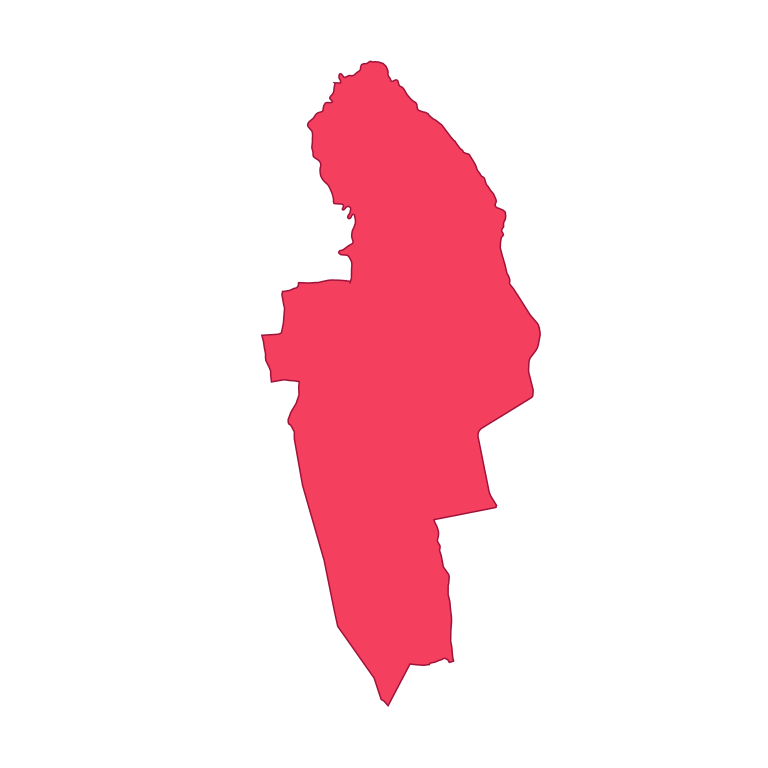 Weststellingwerf, Friesland, Netherlands, rotated 111°
{"feature_id": "6326949B61615489066760", "entity_name": "Weststellingwerf", "entity_type": "district", "adm_level": 2, "iso_a3": "NLD", "parent_name": "Netherlands", "parent_adm1": "Friesland", "projection": "albers", "projection_center": [6.005, 52.872], "detail": "fine", "context": "isolated", "style": "filled", "palette": "rose", "viewbox_px": 768, "rotation_deg": 111, "n_neighbors": 0, "source": "geoboundaries", "source_scale": "gbopen_adm2", "svg_char_len": 6099}
<svg xmlns="http://www.w3.org/2000/svg" viewBox="0 0 768 768"><g transform="rotate(111 384 384)"><path d="M252.3,292.2L252.1,292.7L248.9,296.9L245.9,302.0L245.5,302.5L244.9,302.9L242.1,303.7L241.2,304.2L238.4,306.6L236.4,309.1L228.9,314.0L227.3,315.4L223.7,318.0L222.6,319.0L215.4,324.1L214.0,324.7L212.2,325.2L210.5,325.9L206.0,326.8L205.2,326.9L202.5,326.0L201.8,326.0L200.3,327.4L199.5,328.6L198.6,329.2L196.8,329.3L194.7,328.7L193.8,328.8L192.3,329.6L190.8,330.0L189.7,330.1L187.4,329.8L186.0,329.9L183.5,330.6L180.4,332.2L180.0,332.6L179.1,334.8L179.0,336.4L178.8,339.6L179.0,341.2L178.5,343.0L178.1,343.6L177.6,344.2L176.6,344.7L176.2,344.5L175.7,344.6L174.0,344.5L172.6,344.9L171.5,345.7L167.5,349.6L166.6,351.0L165.0,354.0L162.3,357.6L161.7,358.8L160.8,360.2L156.3,363.7L155.7,364.4L155.3,365.6L155.0,367.4L154.3,368.7L153.1,370.0L151.2,373.1L150.1,374.3L148.7,375.3L146.2,377.6L144.6,379.7L143.1,381.5L142.2,382.8L139.3,386.5L139.0,387.7L139.3,389.0L139.3,392.1L139.0,393.2L138.0,394.0L137.4,395.3L136.9,397.3L134.0,401.9L131.6,405.2L131.7,406.0L131.4,406.6L130.5,408.0L129.9,409.4L121.8,422.3L121.3,423.2L120.9,424.9L119.2,430.1L118.9,432.7L118.7,433.7L118.2,434.9L117.8,436.3L117.3,437.2L116.9,438.4L116.0,439.5L115.9,439.9L115.7,441.6L115.6,443.0L115.8,443.8L116.0,444.8L116.1,449.0L115.8,450.6L115.4,451.1L114.5,451.6L113.4,452.5L111.4,453.4L110.0,455.1L109.8,455.8L109.5,458.0L108.4,460.9L107.7,462.3L106.4,464.7L106.0,465.5L104.9,467.0L101.7,470.9L101.1,471.9L100.5,473.2L100.2,475.9L100.0,476.5L99.0,477.5L96.4,479.4L95.8,480.2L95.7,481.0L95.9,482.1L98.4,484.5L98.6,485.1L98.6,485.9L98.5,486.1L96.7,487.6L95.3,489.6L94.4,490.8L93.0,491.5L91.2,492.0L90.0,492.8L87.7,494.9L86.6,496.1L86.4,496.6L85.1,499.8L85.1,500.2L85.3,501.2L85.3,504.2L86.5,508.3L86.8,508.4L87.6,510.5L87.4,511.5L87.6,512.2L88.3,513.1L90.8,514.7L91.3,515.4L92.3,517.7L93.6,519.2L94.7,519.5L96.5,519.3L98.9,518.8L99.9,518.9L100.8,519.4L103.0,521.0L105.8,522.3L106.7,523.0L107.3,523.7L107.9,525.0L108.3,526.6L108.6,527.3L111.1,529.6L111.9,530.8L111.9,531.2L111.8,531.7L110.4,533.9L109.9,535.2L109.8,535.6L109.9,535.9L110.6,536.5L111.8,536.6L113.8,536.0L114.8,535.3L116.0,533.7L116.4,533.4L118.0,532.4L118.6,532.4L120.6,538.3L120.9,537.7L121.4,537.3L124.2,537.0L128.2,535.9L129.8,535.7L131.3,535.8L134.9,537.1L136.0,537.2L136.7,537.0L137.1,536.7L138.6,533.6L138.9,533.3L139.3,533.3L140.0,533.8L140.7,535.4L141.7,538.2L142.2,538.9L143.0,539.5L146.0,540.0L150.3,539.1L151.3,539.2L152.1,539.7L152.7,540.5L154.3,542.7L155.6,543.7L157.4,544.4L161.1,545.2L166.2,548.0L167.8,548.3L168.9,548.3L170.0,547.9L171.0,547.0L173.5,542.4L174.0,541.7L175.0,541.0L177.4,539.8L181.4,538.5L183.3,537.7L189.2,536.1L190.1,535.5L192.6,533.6L196.3,532.0L196.9,531.4L197.4,530.5L198.0,528.1L198.3,526.2L199.0,524.4L199.7,523.3L200.2,522.8L200.9,522.2L202.5,521.4L205.8,520.8L207.7,520.2L210.4,518.9L212.4,517.6L213.2,516.8L215.2,514.4L216.7,511.4L217.6,509.0L218.2,507.8L219.3,506.2L220.2,505.2L224.2,501.2L226.4,499.4L229.5,497.4L232.1,496.4L232.9,495.9L233.3,495.4L233.3,494.7L231.5,489.0L231.2,488.0L231.2,487.3L231.3,486.7L231.7,485.9L232.6,485.5L235.8,485.6L236.1,485.2L236.2,484.7L235.9,484.1L235.5,483.8L232.9,482.8L231.5,481.9L231.1,481.2L231.0,480.7L231.0,479.9L231.2,479.0L231.7,478.3L232.3,477.9L235.0,477.3L236.8,477.2L240.0,477.9L241.1,477.8L241.7,477.4L242.2,476.4L242.1,475.7L241.2,474.8L240.5,474.6L237.9,474.4L237.0,474.0L236.7,473.5L236.6,473.0L236.9,472.3L237.3,471.9L241.4,469.3L243.4,468.6L244.9,468.3L248.4,468.2L251.9,468.5L253.9,468.2L256.0,467.7L257.7,467.1L259.2,466.2L261.8,464.1L262.4,463.8L263.4,463.7L264.8,464.2L266.8,466.0L268.2,467.0L273.4,470.3L273.9,470.9L275.5,473.1L276.3,473.4L277.0,473.5L277.8,473.2L278.0,472.9L278.5,471.6L278.7,470.6L278.4,469.3L277.2,465.5L277.1,464.5L277.2,463.7L277.6,462.8L278.4,461.5L280.0,459.7L281.3,458.3L282.9,457.3L284.5,456.6L288.5,455.4L297.0,452.3L301.4,452.1L300.4,453.4L301.2,455.6L301.0,456.2L301.2,456.4L303.0,462.5L305.6,469.9L306.0,470.9L306.3,471.2L306.9,472.7L307.4,473.6L310.2,477.9L313.4,482.6L313.2,482.9L313.4,483.3L316.8,490.7L320.0,500.1L323.3,499.2L324.8,499.8L325.7,500.3L326.1,500.8L326.9,502.1L327.2,502.5L329.2,504.3L330.7,506.0L333.7,511.1L333.9,511.9L334.7,511.6L336.3,511.6L337.5,511.1L346.2,505.9L347.6,504.8L349.2,503.9L363.0,499.8L373.1,498.1L375.1,500.1L375.9,501.5L382.3,515.5L387.3,511.9L393.4,508.5L397.1,506.1L399.5,504.9L401.2,504.4L404.3,502.8L408.2,498.7L408.8,497.9L412.6,494.4L415.7,493.3L422.4,489.8L416.6,480.1L415.6,478.2L415.5,477.7L415.5,477.4L414.6,473.4L413.7,470.6L413.1,468.5L412.2,463.9L417.2,462.6L424.6,459.4L433.8,459.1L441.7,460.5L444.2,460.8L451.7,460.7L454.0,459.7L454.6,459.3L455.6,458.2L455.6,456.9L456.7,455.3L460.8,450.6L466.0,448.6L467.6,447.9L507.8,423.7L570.1,376.7L614.6,348.4L626.9,340.3L636.5,325.9L662.1,287.8L679.5,273.6L679.9,270.6L682.9,264.9L636.1,259.4L634.6,253.5L632.7,247.2L632.1,245.6L630.3,242.4L629.8,241.2L628.0,240.8L625.4,236.7L622.0,233.2L620.5,231.1L619.5,230.7L618.2,228.9L618.2,228.2L618.5,227.4L618.6,225.6L620.5,223.2L617.8,219.7L615.0,221.6L613.6,222.4L605.0,226.6L600.8,229.3L599.4,229.9L590.0,233.3L582.1,235.6L577.4,237.5L572.6,240.1L563.5,244.6L557.5,248.7L549.1,251.9L546.7,252.2L541.3,253.8L540.3,254.2L538.8,255.2L538.4,255.7L533.7,262.7L532.6,263.7L531.4,264.3L523.5,269.2L520.0,272.1L519.0,272.6L516.7,273.0L515.3,273.6L514.6,274.1L512.2,277.2L511.4,277.8L510.2,278.3L506.7,278.7L505.1,279.1L503.4,279.7L501.8,280.6L499.0,282.7L497.5,284.2L494.9,287.0L493.6,288.1L492.7,288.7L459.8,236.3L459.2,235.4L458.9,235.2L458.5,235.2L458.1,235.5L457.3,235.6L457.0,235.8L456.9,235.6L450.3,244.2L448.5,246.0L447.0,247.2L427.0,259.9L426.9,260.1L426.2,260.4L399.5,277.3L397.8,278.1L396.1,278.4L394.5,278.5L393.3,278.3L390.8,277.3L379.7,268.9L379.5,268.7L344.3,241.8L342.6,240.9L341.1,241.0L336.1,242.6L321.3,253.0L319.0,254.1L311.4,256.6L309.3,256.9L307.1,256.8L298.3,254.2L295.0,253.8L292.0,254.0L282.3,255.8L279.9,256.8L275.9,259.3L275.8,259.2L275.6,259.4L275.7,259.5L274.1,260.6L273.0,261.8L272.5,262.4L267.2,272.2L252.3,292.2Z" fill="#f43f5e" stroke="#9f1239" stroke-width="1.5"/></g></svg>